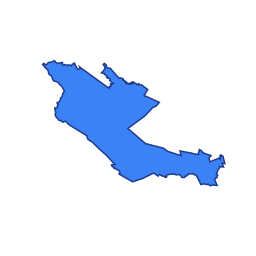 outline of Lazdukalna pag., Rugaju, Latvia, rotated 33°
{"feature_id": "27541924B17763592459662", "entity_name": "Lazdukalna pag.", "entity_type": "district", "adm_level": 2, "iso_a3": "LVA", "parent_name": "Latvia", "parent_adm1": "Rugaju", "projection": "equal_earth", "projection_center": [27.094, 56.926], "detail": "fine", "context": "isolated", "style": "filled", "palette": "blue", "viewbox_px": 256, "rotation_deg": 33, "n_neighbors": 0, "source": "geoboundaries", "source_scale": "gbopen_adm2", "svg_char_len": 5322}
<svg xmlns="http://www.w3.org/2000/svg" viewBox="0 0 256 256"><g transform="rotate(33 128 128)"><path d="M65.7,159.1L66.1,159.0L66.6,158.9L66.7,158.7L66.9,158.5L67.1,158.5L67.4,158.7L67.8,158.5L68.5,158.4L69.0,158.5L69.5,158.7L70.1,158.7L72.0,156.3L76.4,157.4L97.8,156.9L99.6,158.8L100.0,159.1L101.4,159.4L106.2,159.3L107.9,159.8L116.4,161.4L124.8,162.7L133.5,164.9L137.0,165.7L134.3,167.8L135.6,168.9L137.5,168.7L137.9,169.0L138.2,169.0L138.2,168.9L138.5,168.9L138.4,169.3L143.4,168.5L145.9,170.1L145.5,171.5L149.3,171.3L161.2,170.6L164.1,166.8L167.7,162.5L174.0,151.9L179.5,151.9L179.6,149.7L182.8,149.7L183.2,149.1L186.0,149.1L187.1,148.2L187.1,147.8L186.0,147.3L186.2,146.1L189.0,143.5L189.7,142.7L190.0,142.8L191.2,141.9L191.9,141.5L193.1,141.2L194.1,141.1L195.2,139.8L195.5,139.6L196.4,139.3L196.6,139.0L198.7,139.3L199.7,140.1L200.3,140.0L200.5,140.0L200.8,139.7L202.4,138.5L202.5,138.1L202.6,137.3L202.3,137.1L203.1,136.4L203.9,134.0L203.7,133.7L204.5,133.4L204.8,132.7L206.0,132.0L207.8,130.9L208.6,130.8L208.4,131.0L211.2,130.6L217.6,134.3L219.8,135.7L220.8,134.9L221.8,133.7L223.8,132.8L225.1,132.4L226.0,131.4L227.9,131.8L229.1,131.1L229.6,129.9L234.1,127.6L228.5,123.9L228.9,122.5L228.8,121.8L229.5,121.4L228.9,118.6L227.4,118.9L226.3,114.3L226.5,111.0L225.8,110.5L229.4,108.7L226.1,106.3L228.6,105.2L223.0,99.9L221.9,100.8L221.7,100.3L221.3,100.1L221.1,99.9L220.8,99.9L220.5,100.1L220.2,100.6L220.2,100.9L220.4,101.3L220.6,101.6L220.9,102.1L221.3,102.4L221.6,102.6L222.0,103.3L222.2,103.6L222.4,104.1L220.7,103.7L215.2,111.7L212.2,109.2L212.7,105.9L206.3,107.6L203.5,107.8L202.4,107.1L199.6,107.2L200.5,109.8L201.0,111.6L201.4,111.6L200.9,112.1L199.3,112.8L198.7,113.5L197.3,113.6L196.6,113.9L191.8,115.7L191.6,115.9L190.9,116.2L184.1,118.9L185.5,120.2L187.5,122.2L183.5,123.4L180.6,124.1L179.8,124.4L175.7,125.5L173.7,126.0L170.1,125.6L168.8,125.6L166.1,126.5L158.5,129.1L153.2,130.8L151.5,131.5L151.1,131.5L145.4,130.8L131.5,128.9L128.1,128.5L131.9,118.6L135.2,109.8L135.6,108.7L135.8,107.7L136.0,106.2L137.5,97.8L137.8,97.0L138.7,95.9L139.5,94.4L139.7,93.7L140.3,89.4L134.6,90.4L133.1,90.5L131.2,90.8L126.0,91.6L125.1,91.7L124.6,92.2L123.8,91.9L123.7,90.0L123.6,85.0L115.7,84.5L115.6,84.8L115.4,85.0L114.5,85.3L113.8,85.4L113.7,85.1L113.4,85.2L113.3,85.3L113.5,85.5L113.3,85.6L113.1,85.5L113.2,85.8L112.5,86.1L112.6,86.3L112.2,86.3L112.4,86.5L112.1,86.6L111.4,86.7L111.2,86.5L110.6,86.5L110.3,86.5L109.8,86.6L109.4,86.7L109.2,86.6L108.9,86.5L108.7,86.6L108.7,86.8L108.6,87.0L108.4,87.0L107.9,86.9L107.7,86.8L107.7,86.6L107.4,86.6L107.1,86.5L107.0,86.9L107.1,87.2L106.6,87.2L106.5,87.3L106.8,87.4L106.7,87.6L106.8,87.7L107.2,87.4L107.4,87.5L107.5,87.5L107.5,87.8L107.4,88.0L107.2,88.2L106.9,88.3L106.6,88.3L106.7,88.5L106.3,88.6L106.5,88.7L106.8,88.8L107.2,88.8L107.2,89.0L106.7,89.2L106.1,89.2L106.0,89.5L105.7,89.4L105.6,89.5L106.0,89.9L106.0,90.1L105.3,90.4L104.8,90.5L104.6,90.7L104.3,90.6L104.2,90.4L103.9,90.5L104.0,90.8L104.3,90.9L104.3,91.0L103.7,91.1L103.4,90.8L102.7,90.7L102.7,90.8L102.8,91.0L103.2,91.1L102.8,91.5L102.2,91.6L102.1,91.8L101.6,91.6L101.4,91.4L101.4,91.1L101.2,91.0L100.6,90.9L100.3,90.8L100.2,90.6L100.5,90.4L100.4,90.4L99.5,90.2L99.1,90.3L99.0,90.6L98.2,90.6L97.7,90.6L97.2,89.8L97.4,89.7L97.7,89.9L97.9,89.9L97.4,89.5L96.8,89.4L96.2,89.7L95.5,89.7L95.2,89.9L94.2,90.1L93.2,90.8L92.9,90.9L92.4,90.9L84.1,88.6L80.6,87.5L80.3,87.6L79.8,88.2L79.4,88.4L77.1,88.5L76.7,88.4L76.4,88.2L75.8,87.2L75.4,87.0L73.6,86.7L72.9,86.8L72.7,88.3L73.5,88.5L74.3,88.9L76.5,90.7L75.8,96.2L78.3,95.1L78.7,95.1L78.6,95.6L82.8,96.1L82.5,97.2L83.5,97.3L84.7,96.8L86.2,96.8L86.3,96.8L86.6,97.4L86.8,97.6L86.7,97.9L86.9,98.2L91.5,98.7L91.2,99.3L89.7,100.2L89.3,100.5L90.9,102.1L89.7,103.4L90.2,103.8L90.7,105.0L90.9,105.1L54.2,103.2L54.5,103.4L54.7,103.6L55.8,104.1L54.0,105.9L53.5,106.1L47.6,102.8L47.4,103.7L47.6,103.7L47.2,104.1L46.6,104.6L46.6,106.0L46.7,106.5L44.2,107.2L43.7,107.5L43.4,107.8L43.4,108.0L43.4,108.5L40.5,109.1L40.2,109.5L40.0,109.9L39.8,110.1L39.0,110.5L38.2,110.3L37.6,109.8L37.7,109.5L37.0,109.5L37.3,109.0L36.9,109.0L34.1,111.8L32.3,112.4L31.5,112.3L30.3,111.7L29.4,111.6L29.3,112.0L28.7,113.4L27.8,114.4L25.8,116.2L25.5,116.6L25.4,116.9L25.6,117.7L25.6,117.9L25.5,118.2L25.1,118.7L24.9,119.5L24.7,119.7L24.5,119.9L24.3,119.9L22.9,119.6L22.4,119.7L22.0,119.9L21.9,120.0L22.1,120.8L21.9,121.3L22.6,121.4L24.8,122.2L26.4,122.6L28.4,122.8L29.0,123.0L29.6,123.3L31.6,125.3L32.2,125.8L32.9,126.0L34.6,126.0L35.3,126.1L35.7,126.2L36.8,126.9L38.0,128.0L39.4,128.8L40.0,128.9L40.6,128.8L41.5,128.4L42.6,128.3L43.1,128.2L43.6,127.9L44.2,127.8L46.6,128.6L47.7,128.9L49.1,129.0L49.9,129.2L50.5,129.5L51.2,129.9L53.0,130.8L54.5,131.7L54.6,132.0L54.5,133.9L54.6,134.9L54.8,135.6L55.2,136.4L55.5,137.2L55.5,137.7L55.2,139.0L55.2,139.7L55.3,140.1L55.7,140.7L55.8,141.0L56.0,141.7L56.0,142.1L55.9,143.6L55.9,143.8L55.6,144.2L54.8,145.2L54.8,145.6L55.3,145.9L56.1,146.0L56.3,146.0L56.6,146.2L56.8,146.5L56.7,146.7L56.4,147.6L56.5,147.8L56.7,148.1L57.0,148.3L57.7,148.8L57.8,149.0L57.6,149.6L57.1,150.1L55.9,150.8L55.7,151.0L55.8,151.4L56.1,151.9L57.1,152.3L57.2,152.5L57.5,153.1L57.7,153.5L58.0,153.6L58.8,153.7L59.1,153.9L59.2,154.6L59.1,155.3L59.2,155.6L59.7,156.5L60.7,157.3L61.5,157.8L62.2,158.1L65.0,158.7L65.4,158.9L65.7,159.1Z" fill="#3b82f6" stroke="#1e3a8a" stroke-width="1.5"/></g></svg>